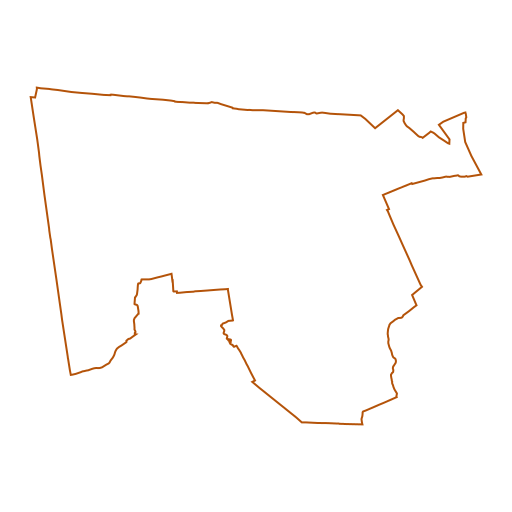 Ganeasa, Olt, Romania (Mercator projection)
{"feature_id": "2599482B6587162691160", "entity_name": "Ganeasa", "entity_type": "district", "adm_level": 2, "iso_a3": "ROU", "parent_name": "Romania", "parent_adm1": "Olt", "projection": "mercator", "projection_center": [24.248, 44.418], "detail": "fine", "context": "isolated", "style": "outline", "palette": "amber", "viewbox_px": 512, "rotation_deg": 0, "n_neighbors": 0, "source": "geoboundaries", "source_scale": "gbopen_adm2", "svg_char_len": 6003}
<svg xmlns="http://www.w3.org/2000/svg" viewBox="0 0 512 512"><path d="M396.7,397.1L396.4,396.3L396.9,393.8L396.9,393.4L394.5,389.5L393.4,386.8L393.0,385.2L392.5,384.2L392.2,383.4L392.1,382.5L392.2,381.7L391.8,380.7L391.7,379.5L391.3,377.8L391.0,375.7L391.0,374.7L392.1,372.9L392.7,372.5L393.1,372.0L393.2,371.4L393.3,370.7L393.3,370.1L393.2,369.5L392.9,368.8L392.9,368.2L392.9,367.6L393.1,366.9L393.2,366.4L393.7,365.9L394.3,364.9L395.5,363.1L395.7,362.5L395.9,361.9L395.9,360.6L395.5,359.1L394.8,358.3L394.1,357.9L393.5,357.5L393.0,356.8L392.2,354.9L392.0,354.0L391.8,352.9L391.1,350.6L390.4,349.3L389.8,348.2L389.3,346.9L388.6,344.3L388.3,343.2L388.3,342.1L388.3,341.3L388.5,340.6L388.6,339.6L388.5,338.6L388.0,336.5L387.9,335.0L387.7,334.3L387.7,333.3L387.9,331.0L388.1,329.4L388.3,328.5L389.4,325.2L389.5,324.7L389.9,324.2L390.5,323.3L391.0,322.9L393.2,321.3L395.1,319.7L395.7,319.4L397.2,318.6L397.6,318.3L398.3,318.0L400.2,317.9L400.8,317.9L401.3,317.7L401.9,317.5L402.5,316.9L403.0,316.1L403.3,315.3L408.8,311.3L413.9,307.2L416.5,305.3L412.1,295.0L422.0,286.8L420.6,284.8L411.8,265.4L409.6,260.2L402.4,244.3L399.1,236.9L393.4,224.5L388.3,212.4L388.0,211.5L387.0,210.0L389.0,209.1L382.9,195.0L397.9,188.8L409.3,184.2L411.7,183.2L412.2,184.0L424.7,180.6L428.9,179.2L432.7,178.3L434.5,178.3L437.2,178.0L439.7,178.0L442.4,177.5L445.5,176.7L446.6,176.6L447.3,176.8L448.8,176.8L449.7,176.9L454.2,175.9L456.5,175.6L457.7,175.3L458.3,175.4L459.3,176.3L460.2,176.5L461.4,176.7L464.0,176.7L464.7,176.7L466.4,176.1L467.6,176.7L481.3,174.5L471.4,156.0L465.2,142.0L463.2,128.8L463.3,122.9L465.5,122.3L465.5,122.0L465.6,121.0L465.7,118.9L465.7,118.5L466.3,117.3L465.8,113.9L465.5,113.1L465.4,112.6L465.2,112.7L464.4,112.7L463.8,112.9L443.3,121.7L438.9,124.8L449.5,139.4L449.3,143.7L447.9,143.2L444.2,140.7L438.9,137.3L434.5,133.5L433.1,132.6L430.7,131.5L429.4,132.7L422.7,137.8L422.3,137.4L420.6,136.9L419.8,136.9L419.2,136.6L418.2,136.0L415.6,133.6L413.7,131.8L409.3,128.0L406.9,126.3L405.9,125.1L404.6,123.1L403.8,121.4L403.6,121.0L403.6,119.9L403.9,118.2L403.9,116.3L403.8,115.9L402.4,114.3L399.1,111.3L397.9,110.2L375.1,128.2L365.3,118.9L360.7,115.4L339.8,114.2L337.0,114.1L331.9,113.8L330.2,113.7L326.1,113.1L324.7,112.9L322.1,112.6L320.3,112.8L317.3,113.4L316.6,113.5L316.3,113.4L315.1,112.6L314.5,112.5L313.6,112.6L312.5,112.9L309.1,114.2L307.5,114.2L306.9,114.2L304.4,112.8L303.5,112.8L303.0,112.6L300.8,112.4L295.0,112.1L290.7,112.0L263.0,110.2L252.6,110.2L249.6,109.9L247.6,110.0L244.3,109.7L238.5,109.2L237.7,109.0L236.9,108.8L232.7,108.3L232.6,107.8L232.3,107.6L220.9,104.1L217.7,102.9L217.0,102.8L215.8,102.8L214.7,102.8L211.7,102.1L210.1,102.7L209.1,103.0L208.1,103.1L208.0,103.3L207.5,103.3L195.4,102.9L193.8,102.7L190.0,102.7L183.0,102.1L177.7,101.9L174.9,101.6L174.6,101.2L171.1,100.6L162.8,99.7L150.8,98.9L147.0,98.5L140.7,97.6L134.6,96.9L128.8,96.3L126.9,96.3L124.1,96.1L113.6,94.8L111.2,94.6L110.6,94.7L110.5,95.2L103.6,94.9L92.6,93.8L81.0,92.9L71.3,92.0L57.8,90.0L52.0,89.4L48.7,88.9L40.8,88.3L36.8,87.6L36.8,87.8L37.0,88.2L36.7,90.1L35.1,97.5L30.7,97.1L33.6,116.3L37.2,139.2L37.8,143.6L39.0,152.6L39.3,155.9L40.5,165.5L41.9,175.2L44.4,194.7L49.1,228.4L49.3,230.8L49.4,231.4L50.3,237.7L50.7,239.5L51.9,248.6L56.4,279.3L59.8,303.3L61.4,314.5L61.7,316.9L62.1,320.0L67.7,356.4L67.9,358.1L68.1,359.0L69.9,370.3L70.8,374.9L72.2,374.7L75.7,373.9L80.7,372.2L82.5,371.4L84.3,371.1L86.3,370.6L87.3,370.4L87.9,370.4L92.3,368.8L94.1,368.3L96.1,368.0L98.7,368.1L99.8,368.0L101.5,367.5L102.1,367.3L106.4,364.6L108.6,363.5L109.5,362.6L110.6,360.5L112.7,357.8L113.4,356.6L114.2,355.0L114.6,353.9L115.0,352.4L115.5,351.1L116.5,349.3L117.1,348.5L117.6,348.1L119.1,346.9L121.5,345.5L126.0,342.4L126.5,341.9L126.4,340.7L128.5,338.9L129.4,338.8L130.2,338.5L132.9,336.5L136.0,334.3L134.8,334.1L134.8,333.9L134.8,333.3L134.8,333.0L134.9,332.7L135.3,332.4L135.4,332.2L135.5,332.0L135.3,331.4L135.3,331.2L135.1,330.7L134.5,329.6L134.5,329.4L134.5,327.5L134.4,326.1L134.3,324.2L133.9,321.3L133.9,319.9L134.2,319.1L134.6,318.1L135.0,317.6L135.6,317.0L136.8,315.5L137.8,314.4L138.4,313.5L138.6,313.5L138.5,311.1L137.8,306.6L137.5,305.6L137.0,305.0L136.3,304.7L135.2,304.5L134.5,304.0L135.0,297.4L135.4,297.1L136.7,295.1L137.0,294.1L137.6,289.4L137.7,287.4L137.9,285.0L138.1,283.9L138.2,283.6L138.4,283.4L139.5,283.4L139.9,283.3L140.2,283.1L140.6,282.4L141.3,280.7L141.5,279.5L141.7,279.4L149.1,279.4L150.2,279.2L151.1,279.1L157.1,277.5L162.1,276.3L163.9,275.8L169.3,274.4L171.5,273.8L171.7,275.2L172.4,281.0L172.7,280.8L173.1,287.3L173.3,290.6L173.4,291.3L173.7,291.5L176.9,291.4L177.0,292.9L180.3,292.7L186.1,292.1L193.4,291.7L195.1,291.3L200.7,291.0L207.3,290.5L212.3,290.1L220.1,289.5L225.8,289.2L227.9,289.0L227.9,289.7L231.9,314.3L232.9,319.8L233.0,320.4L232.9,320.5L228.4,320.9L226.0,322.4L223.9,323.2L223.1,323.4L222.6,323.8L222.3,324.2L222.1,324.8L221.8,325.1L221.1,325.3L221.0,326.0L222.0,327.3L223.0,328.2L223.9,329.4L224.3,330.0L224.3,330.3L224.2,331.2L223.6,333.0L223.7,333.5L224.0,333.9L224.3,334.1L226.2,334.8L226.9,335.3L227.2,335.7L227.3,336.1L227.3,336.6L226.8,338.3L226.8,338.6L226.9,338.8L228.6,339.2L230.4,339.5L230.8,339.7L231.0,340.0L231.0,340.4L230.9,340.7L228.7,340.0L228.4,339.9L228.2,340.0L228.3,340.3L229.7,340.8L230.6,341.2L230.7,341.3L230.7,341.6L229.1,341.0L229.7,342.6L230.2,343.6L230.3,343.8L230.9,344.2L232.0,344.8L232.4,345.1L232.6,345.0L233.4,346.0L233.8,346.5L233.7,346.6L233.8,346.7L234.0,346.8L234.3,346.6L236.5,345.8L236.9,346.3L237.9,348.2L239.2,350.0L240.8,352.6L241.3,353.8L242.0,355.1L243.2,357.6L244.7,360.2L246.6,364.2L247.7,366.1L251.0,372.9L253.3,377.3L255.0,380.5L252.3,381.9L259.4,387.9L296.3,417.5L301.8,422.4L305.9,422.4L317.9,423.0L326.8,423.1L327.3,423.1L335.9,423.5L338.7,423.5L339.3,423.8L343.5,423.9L344.3,424.0L362.4,424.4L362.1,423.2L361.8,421.5L361.5,419.2L361.6,418.6L362.3,416.3L362.5,414.8L362.6,413.4L362.6,412.5L362.7,412.1L363.1,411.5L365.8,410.5L379.2,404.7L383.1,403.1L393.8,398.4L396.7,397.1Z" fill="none" stroke="#b45309" stroke-width="2"/></svg>